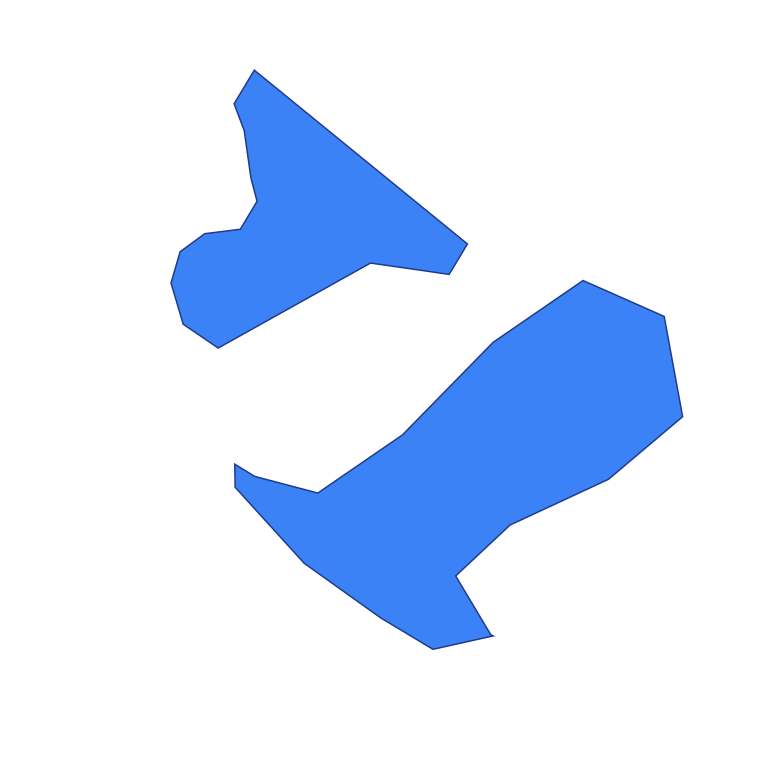 an SVG outline of Portsmouth, rotated 211°
{"feature_id": "GBR-2759", "entity_name": "Portsmouth", "entity_type": "Unitary Authority", "adm_level": 1, "iso_a3": "GBR", "parent_name": "United Kingdom", "parent_adm1": "", "projection": "mercator", "projection_center": [-1.012, 50.819], "detail": "fine", "context": "isolated", "style": "filled", "palette": "blue", "viewbox_px": 768, "rotation_deg": 211, "n_neighbors": 0, "source": "natural_earth", "source_scale": "10m", "svg_char_len": 568}
<svg xmlns="http://www.w3.org/2000/svg" viewBox="0 0 768 768"><g transform="rotate(211 384 384)"><path d="M470.6,238.4L447.3,238.2L384.6,256.4L342.0,349.8L311.9,476.0L266.7,575.2L178.6,586.2L111.2,509.8L142.5,418.0L203.3,328.1L223.7,256.4L163.4,224.1L160.7,224.3L205.4,181.8L266.3,181.8L360.0,189.2L458.4,218.8L470.6,238.4ZM586.9,442.6L586.9,475.2L604.4,492.3L634.2,529.1L656.8,547.0L656.8,586.2L384.6,547.0L384.6,511.5L457.9,480.7L544.7,329.4L586.9,331.8L618.6,360.9L626.9,392.4L615.0,420.6L586.9,442.6Z" fill="#3b82f6" stroke="#1e3a8a" stroke-width="1.5"/></g></svg>